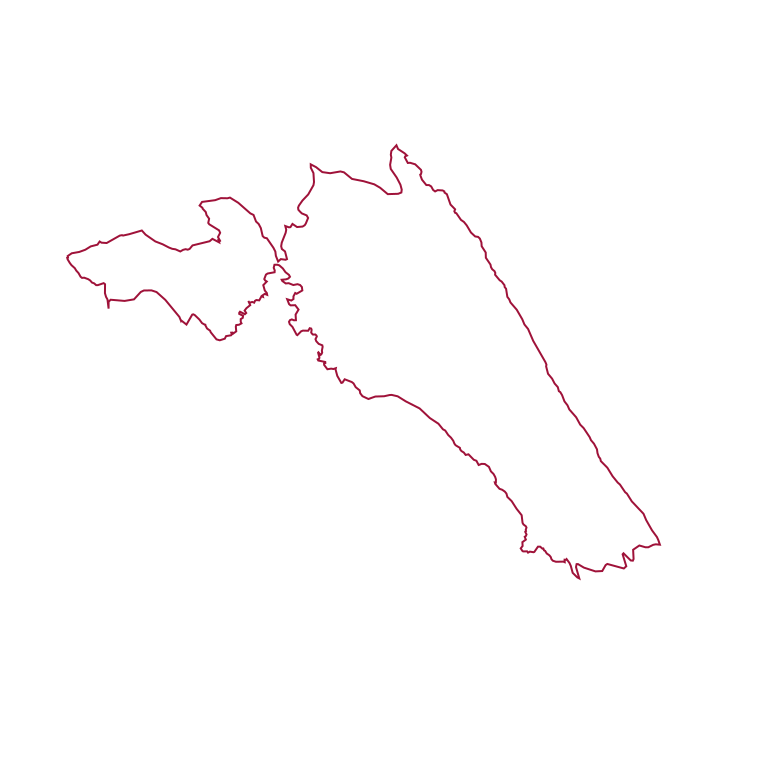 the district of Kigoma, Kigoma, United Republic of Tanzania, rotated 141°
{"feature_id": "72390352B30674118715659", "entity_name": "Kigoma", "entity_type": "district", "adm_level": 2, "iso_a3": "TZA", "parent_name": "United Republic of Tanzania", "parent_adm1": "Kigoma", "projection": "equal_earth", "projection_center": [29.769, -4.701], "detail": "fine", "context": "isolated", "style": "outline", "palette": "rose", "viewbox_px": 768, "rotation_deg": 141, "n_neighbors": 0, "source": "geoboundaries", "source_scale": "gbopen_adm2", "svg_char_len": 6128}
<svg xmlns="http://www.w3.org/2000/svg" viewBox="0 0 768 768"><g transform="rotate(141 384 384)"><path d="M354.6,110.0L350.0,120.9L347.7,122.8L346.6,122.0L344.2,115.5L337.6,105.3L332.1,101.3L325.7,103.8L323.7,103.6L313.7,89.7L310.4,89.9L305.7,101.5L304.4,101.7L303.3,91.6L301.8,90.1L300.2,90.9L294.7,98.4L287.2,97.8L283.5,92.5L281.4,90.8L276.0,89.6L273.7,88.4L270.7,85.5L269.1,89.9L268.2,93.3L267.8,101.6L265.9,113.2L264.0,119.8L265.3,136.8L264.2,146.0L264.7,148.1L263.9,157.4L264.4,160.3L264.4,168.4L263.1,178.4L264.0,187.6L262.9,190.0L262.9,192.2L261.6,195.9L259.6,199.2L258.4,205.4L258.5,210.1L257.6,213.3L256.6,224.1L257.1,228.9L255.6,237.2L256.0,247.6L254.8,252.0L254.7,256.9L252.6,263.3L252.1,266.7L252.6,268.4L250.9,272.2L251.1,277.0L250.0,282.4L250.1,288.7L246.9,295.7L245.6,296.8L244.8,299.4L240.9,323.6L237.4,336.1L237.4,341.9L235.8,347.3L234.1,358.2L234.4,367.8L233.4,371.0L233.3,374.1L229.2,381.2L229.2,383.4L228.2,385.0L228.1,389.5L228.8,391.8L228.9,399.0L227.6,400.3L227.1,402.2L227.7,405.1L227.3,407.5L226.1,409.8L225.4,418.0L222.2,422.2L221.4,429.6L219.2,432.7L218.0,436.7L218.3,439.1L220.3,441.3L221.1,447.0L219.9,455.2L219.9,459.6L220.9,463.1L220.3,471.2L221.0,472.3L220.6,474.0L218.8,475.0L219.4,481.6L215.7,491.9L216.5,494.7L215.9,495.7L216.6,497.5L220.3,500.9L223.1,501.5L223.7,503.9L223.0,507.8L223.8,510.2L225.9,512.0L225.9,518.9L224.6,522.8L224.1,523.9L223.1,523.9L221.3,525.3L220.5,527.2L221.5,535.1L224.5,539.5L226.4,540.8L225.2,547.1L224.1,547.6L222.4,547.1L222.8,550.3L225.2,557.8L224.1,561.7L231.6,560.5L234.4,557.9L235.8,555.3L241.3,550.5L243.4,546.9L244.2,536.5L245.8,528.6L247.9,523.9L250.0,521.9L253.3,522.9L261.6,529.2L263.5,538.9L265.9,545.3L272.2,554.4L279.8,563.5L281.9,573.7L284.1,576.6L293.2,581.7L298.6,587.5L300.3,595.2L302.7,600.8L304.8,598.1L306.1,592.3L311.3,585.0L313.7,582.9L323.6,579.0L331.9,577.9L337.9,576.2L339.8,575.1L340.9,573.3L340.8,570.9L340.5,568.3L338.0,563.7L338.5,560.8L343.8,557.9L345.7,557.3L348.2,557.6L352.8,560.7L354.4,566.0L358.0,564.8L359.3,565.6L361.3,568.9L362.9,565.4L365.3,563.4L374.5,558.2L377.2,555.8L378.4,553.2L377.5,549.3L380.8,542.1L382.3,542.5L385.6,546.0L389.2,545.8L387.4,551.6L385.1,555.3L384.2,559.5L383.3,571.0L384.9,573.0L385.2,575.3L381.6,582.7L380.7,587.2L381.2,590.8L379.0,597.5L380.5,600.7L383.2,616.5L386.4,625.8L388.7,626.8L393.8,631.1L399.5,633.1L410.8,640.0L415.0,638.7L414.2,635.3L414.6,634.4L414.3,629.8L415.6,627.0L415.9,622.5L419.2,619.8L419.3,618.1L415.5,607.2L416.2,604.6L420.5,602.7L421.3,598.4L421.9,598.4L422.3,599.4L423.0,597.8L426.0,604.8L429.7,604.7L445.6,612.2L450.1,611.3L452.0,611.9L453.3,613.6L455.7,614.7L458.9,615.2L461.3,619.9L463.5,622.3L465.3,625.5L468.1,631.9L472.0,638.7L475.3,650.1L475.6,655.7L487.8,660.8L493.4,663.6L493.9,664.5L495.9,665.6L510.8,668.1L514.6,671.6L515.3,673.7L519.0,672.6L525.3,675.5L531.6,676.3L537.7,678.4L544.4,682.1L549.3,682.5L550.0,681.1L550.8,681.4L551.4,680.0L552.0,675.8L552.1,673.1L551.4,668.6L551.8,665.8L551.6,662.5L552.3,658.3L551.9,656.5L550.1,655.3L547.9,651.6L547.2,649.4L547.1,646.6L545.9,644.6L545.5,642.0L544.1,640.9L538.4,638.8L538.0,637.1L543.7,630.2L545.2,626.6L545.7,623.7L550.6,615.9L546.3,621.2L543.4,621.5L533.3,611.8L525.0,607.1L515.1,608.6L511.8,607.8L505.8,603.1L502.9,598.6L501.0,587.0L500.8,564.9L502.0,560.9L501.6,561.1L500.1,554.5L489.4,558.6L488.4,558.2L487.7,556.7L486.9,550.3L487.1,545.8L485.8,542.5L484.8,543.2L485.8,542.5L486.6,538.5L485.6,534.9L486.1,533.3L486.1,524.1L484.1,521.3L479.2,519.4L476.6,520.6L472.2,518.1L471.1,518.3L470.4,520.0L469.3,519.2L469.5,518.1L465.7,517.9L463.1,521.8L461.7,522.8L459.4,521.3L456.6,520.8L456.2,522.5L454.5,524.6L452.1,524.3L450.6,525.7L452.4,529.6L451.6,530.5L450.4,530.8L448.2,525.8L446.4,525.9L446.1,528.8L443.2,529.5L438.3,529.5L437.2,533.9L437.4,531.8L434.8,530.7L433.7,528.9L432.0,529.8L430.4,529.6L428.3,527.5L424.0,529.3L423.2,527.9L422.6,529.3L420.0,529.1L418.7,526.8L417.8,528.5L417.8,531.7L415.6,536.8L410.6,537.4L411.2,539.2L411.0,540.9L406.9,543.3L404.9,543.1L398.7,539.7L397.4,541.1L396.6,543.7L394.1,545.6L391.9,543.9L390.7,542.1L389.9,537.5L390.2,532.9L389.2,528.6L389.6,526.5L392.0,526.2L394.3,527.0L397.9,529.4L398.2,528.1L397.1,524.0L394.6,522.3L392.2,518.0L388.4,516.0L386.9,513.7L386.8,511.0L388.6,508.1L395.1,509.1L395.7,510.6L399.2,509.1L400.9,507.0L403.5,507.2L405.9,510.8L407.5,505.8L407.1,503.9L403.4,501.1L403.6,495.6L409.0,493.6L412.3,489.0L413.9,490.2L415.0,492.2L416.9,492.8L418.7,492.1L419.6,489.8L419.2,486.0L420.9,477.3L420.6,476.5L415.2,477.1L413.4,476.5L409.4,473.1L406.6,474.1L405.7,472.9L406.2,471.6L408.2,469.8L408.3,468.4L408.1,467.1L406.2,465.7L406.0,464.2L406.3,463.2L409.0,462.0L409.7,459.9L409.5,456.3L407.6,452.9L408.3,451.5L411.3,449.0L412.3,447.3L413.8,446.6L414.9,446.5L415.0,449.9L415.5,449.8L417.5,445.3L418.4,444.5L420.0,444.9L420.3,443.6L415.8,438.1L416.4,437.2L417.7,437.6L418.5,436.5L418.7,431.1L415.4,429.2L413.9,427.5L411.5,426.6L412.5,425.8L415.2,419.7L416.5,411.7L415.4,411.2L411.6,412.4L407.8,405.8L407.3,403.6L408.0,399.3L406.9,394.3L408.3,391.8L408.4,388.1L405.6,382.2L398.6,379.7L391.6,374.4L386.6,371.9L384.9,370.7L381.1,365.8L378.0,356.8L371.7,342.6L369.8,328.7L366.7,318.8L366.7,311.7L365.7,309.3L366.2,304.0L365.7,300.1L365.9,296.3L366.8,293.4L366.9,291.3L365.2,286.6L366.0,285.1L366.0,283.1L365.1,280.5L365.2,277.5L362.6,276.2L361.9,268.6L360.5,266.2L361.4,261.5L358.4,260.5L356.0,258.4L354.6,253.6L355.9,248.8L355.5,245.1L356.1,241.8L357.0,239.5L359.0,237.1L359.8,237.8L360.4,236.3L360.2,229.9L358.7,227.4L357.8,224.3L357.8,221.8L359.2,218.6L358.5,212.6L359.5,203.6L359.6,195.4L363.7,188.9L364.0,187.1L363.3,184.1L363.6,182.8L365.7,181.4L366.2,180.3L367.3,180.2L367.9,177.4L369.4,176.6L370.8,176.7L371.7,173.8L376.0,174.0L378.2,170.9L381.2,170.2L381.5,167.3L381.2,166.3L378.1,163.9L378.2,162.3L376.1,161.9L373.7,159.2L372.8,158.9L366.7,160.7L365.0,159.3L364.5,156.3L363.7,155.9L364.3,154.0L363.8,152.9L364.2,149.9L363.3,146.8L363.3,144.6L364.1,142.5L364.0,140.4L362.2,137.6L356.4,133.1L355.7,131.8L354.2,133.8L353.1,132.8L352.3,133.0L352.5,128.2L353.3,125.1L356.2,118.5L355.5,112.1L354.6,110.0Z" fill="none" stroke="#9f1239" stroke-width="2"/></g></svg>